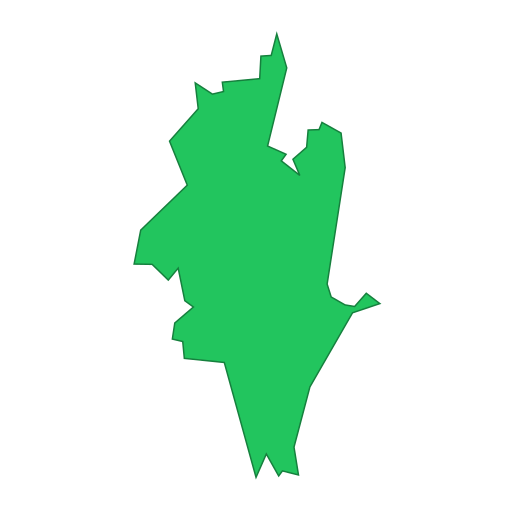 outline of Dorset, rotated 268°
{"feature_id": "GBR-2051", "entity_name": "Dorset", "entity_type": "Administrative County", "adm_level": 1, "iso_a3": "GBR", "parent_name": "United Kingdom", "parent_adm1": "", "projection": "equal_earth", "projection_center": [-2.221, 50.805], "detail": "coarse", "context": "isolated", "style": "filled", "palette": "green", "viewbox_px": 512, "rotation_deg": 268, "n_neighbors": 0, "source": "natural_earth", "source_scale": "10m", "svg_char_len": 765}
<svg xmlns="http://www.w3.org/2000/svg" viewBox="0 0 512 512"><g transform="rotate(268 256 256)"><path d="M477.2,284.5L442.9,293.3L365.5,271.4L356.6,289.6L350.2,284.6L335.0,302.6L351.4,296.3L362.9,310.4L380.1,312.5L380.1,323.4L387.2,326.6L375.9,345.3L341.2,348.2L225.5,326.1L212.4,329.7L204.0,343.3L202.1,352.8L214.9,364.9L204.1,378.1L195.9,350.5L123.3,305.3L63.7,287.3L35.7,290.8L40.3,274.9L35.4,271.0L57.8,259.4L34.8,248.3L150.7,220.6L156.2,180.8L173.1,179.8L175.9,169.5L191.9,172.5L207.2,191.7L213.8,183.3L246.6,177.8L235.0,167.5L251.3,151.9L252.2,133.9L285.9,141.7L329.2,189.8L373.8,173.6L405.2,203.4L431.1,201.3L419.3,218.1L421.5,229.3L430.9,228.4L433.1,265.9L455.6,267.9L455.9,278.2L477.2,284.5Z" fill="#22c55e" stroke="#15803d" stroke-width="1.5"/></g></svg>